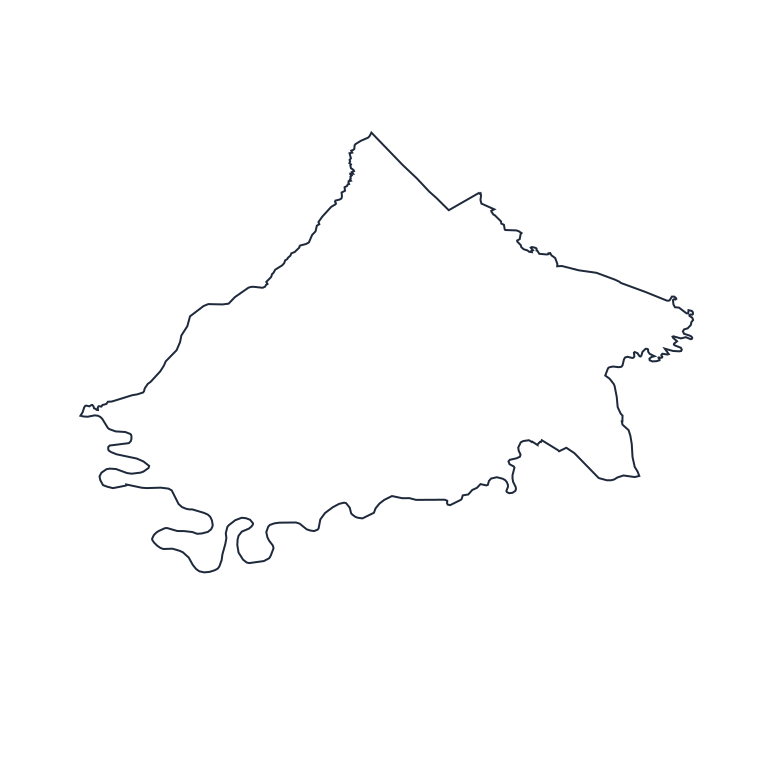 Puerto Tejada, Cauca, Colombia, rotated 288°
{"feature_id": "7082276B86469624898936", "entity_name": "Puerto Tejada", "entity_type": "district", "adm_level": 2, "iso_a3": "COL", "parent_name": "Colombia", "parent_adm1": "Cauca", "projection": "equal_earth", "projection_center": [-76.412, 3.266], "detail": "fine", "context": "isolated", "style": "outline", "palette": "slate", "viewbox_px": 768, "rotation_deg": 288, "n_neighbors": 0, "source": "geoboundaries", "source_scale": "gbopen_adm2", "svg_char_len": 6166}
<svg xmlns="http://www.w3.org/2000/svg" viewBox="0 0 768 768"><g transform="rotate(288 384 384)"><path d="M391.4,642.9L403.4,638.2L410.9,634.3L415.7,630.9L419.0,623.4L421.9,621.7L422.1,622.3L427.7,620.6L428.9,618.3L434.2,613.4L443.7,609.3L453.4,603.9L455.0,602.5L458.8,596.8L460.4,591.8L468.2,592.2L469.5,593.1L471.4,596.4L472.5,602.0L473.8,604.5L475.4,605.1L481.8,604.6L483.8,605.2L485.1,607.1L485.5,612.1L486.2,613.2L487.6,613.6L491.0,612.0L491.9,612.6L491.6,615.6L489.4,618.4L489.4,619.4L490.5,620.0L494.4,619.9L498.3,621.9L498.7,623.4L498.5,624.4L496.3,625.3L494.8,627.3L494.0,632.7L492.3,630.0L490.1,628.6L488.7,629.4L488.4,632.2L489.9,636.1L491.7,638.7L492.6,638.4L493.7,636.9L494.2,637.1L494.5,639.3L495.2,640.3L495.9,640.3L497.2,638.8L498.8,639.4L499.6,644.3L500.4,645.6L504.4,640.1L504.7,648.5L506.3,654.7L507.2,656.4L508.7,656.6L510.2,655.1L510.6,648.5L511.1,647.5L512.0,647.4L515.2,649.5L517.2,644.8L518.2,643.8L518.8,644.6L519.1,652.3L521.8,656.6L521.4,661.9L522.0,662.8L523.1,662.9L524.1,661.8L524.5,659.6L524.5,653.8L526.4,652.0L528.6,652.5L530.8,655.6L535.0,657.6L537.8,657.2L540.4,658.2L542.3,656.7L543.1,653.6L543.8,653.2L544.8,654.0L545.2,655.7L545.9,656.2L547.7,655.6L548.6,654.2L548.3,650.8L545.2,651.5L544.7,649.8L547.8,641.0L546.9,637.0L549.1,634.7L553.0,632.9L554.0,633.3L554.4,635.1L555.2,635.7L555.9,635.2L556.8,633.0L556.1,630.8L552.2,629.9L551.3,629.2L550.7,627.4L552.3,604.4L553.3,578.1L554.0,576.2L554.6,571.5L555.4,551.6L552.3,534.0L551.2,516.8L549.5,512.3L551.7,511.8L556.7,507.9L558.1,503.5L559.9,501.6L559.1,500.0L558.3,500.3L557.5,498.8L555.8,491.5L558.1,488.7L558.1,487.8L559.9,487.2L560.3,486.2L560.1,483.2L559.7,481.9L559.0,481.4L557.2,484.4L556.2,483.1L555.1,483.9L554.6,481.3L555.4,479.0L555.3,475.2L556.6,472.3L558.3,471.2L560.6,466.8L561.6,466.3L563.7,468.3L568.8,467.6L570.0,468.2L570.9,465.1L571.0,462.5L568.0,452.0L568.1,451.2L572.5,448.8L572.8,446.0L574.8,445.0L578.7,437.3L578.9,435.8L581.1,432.9L581.9,432.5L584.2,434.9L585.7,420.9L588.8,418.9L593.4,418.0L595.3,416.9L594.5,416.2L595.0,415.2L569.3,391.9L577.3,376.0L580.9,367.7L589.7,351.7L598.0,334.2L619.2,294.3L615.7,293.8L613.4,292.8L608.2,286.9L603.3,282.7L601.9,282.3L598.5,283.1L597.2,282.5L595.8,280.7L594.2,282.3L592.8,279.9L588.4,282.8L586.5,282.0L585.3,283.0L583.4,282.8L582.6,284.8L581.3,284.5L579.0,285.9L578.2,288.8L577.2,289.7L575.6,287.9L574.4,289.6L573.6,286.9L573.0,287.1L572.4,288.9L570.7,288.0L569.1,288.9L568.0,288.4L567.1,289.7L566.0,287.7L564.7,287.9L563.4,289.0L562.5,287.8L560.8,287.6L559.0,285.7L555.7,287.2L553.0,284.5L549.3,286.1L547.3,286.2L545.8,284.9L543.4,281.1L542.2,281.1L541.0,282.5L540.0,282.4L536.1,279.0L523.9,273.5L517.7,271.6L516.0,273.1L513.8,271.2L508.0,271.7L503.6,269.6L495.4,268.8L493.0,266.5L489.9,261.6L488.9,261.1L487.6,261.3L482.0,258.3L479.6,255.5L477.1,255.3L474.5,253.7L472.9,253.4L471.0,251.8L468.0,251.7L465.4,250.5L459.1,245.2L455.5,244.5L454.0,243.6L450.9,243.6L444.7,240.5L443.1,242.3L441.9,241.2L439.8,240.8L438.0,238.8L436.2,230.1L435.2,227.4L433.7,225.3L420.5,215.3L412.4,211.4L409.8,205.9L405.7,192.2L402.4,188.3L388.4,178.6L378.2,179.1L367.5,176.3L360.8,177.1L352.0,176.3L338.1,169.4L333.5,169.0L326.9,167.3L314.0,161.4L311.1,159.3L305.9,157.8L303.0,158.0L301.5,157.5L298.0,152.7L295.6,148.1L283.2,130.5L281.8,126.9L279.2,126.1L277.0,122.7L275.2,122.2L274.8,119.7L274.4,119.3L272.9,119.1L270.9,120.0L270.6,118.6L271.2,117.5L271.3,115.7L273.0,114.6L273.9,113.2L273.6,112.3L271.7,110.7L271.5,107.9L271.0,106.7L269.2,106.1L264.0,106.1L260.0,105.1L260.3,108.5L261.3,112.3L264.8,118.6L265.4,121.8L265.0,124.4L263.8,126.8L256.9,134.9L256.2,136.7L256.0,143.4L258.4,152.8L258.1,158.0L257.7,159.0L256.4,159.9L253.5,160.8L251.3,160.8L248.9,159.6L240.7,142.1L238.7,141.2L236.3,142.1L235.5,143.1L234.9,145.7L234.5,151.3L236.7,171.9L236.0,179.2L233.5,186.0L231.3,186.0L226.4,182.3L224.5,179.9L220.7,171.7L219.9,167.2L220.3,155.4L218.8,149.4L217.2,146.4L212.4,142.7L208.2,142.0L204.9,143.9L201.0,148.0L200.8,152.4L201.2,158.4L207.4,169.5L208.0,170.3L208.8,169.9L210.5,185.8L211.7,190.6L216.4,203.6L217.9,211.3L217.2,215.0L206.4,225.7L204.5,230.0L204.2,234.4L204.5,237.3L205.5,240.5L205.8,252.6L205.4,256.7L204.0,259.8L201.1,262.5L197.1,264.6L195.6,264.9L192.4,264.5L188.9,262.2L185.5,256.8L183.8,252.6L184.0,247.6L182.4,239.6L180.3,232.8L180.0,222.3L179.2,220.2L174.4,215.0L172.2,213.3L169.2,211.8L165.5,211.3L164.3,211.6L162.2,214.2L160.2,218.1L159.0,222.0L158.9,225.2L162.0,233.7L162.2,241.3L161.8,244.7L158.6,251.9L152.9,258.0L150.0,262.4L148.8,266.2L149.3,271.3L151.5,276.3L154.5,280.5L157.0,282.9L159.6,283.8L166.4,284.0L171.8,283.0L182.9,282.5L188.8,281.7L193.3,279.6L199.7,279.2L201.7,280.0L208.5,284.6L212.8,290.0L213.7,294.1L213.5,298.6L211.0,302.5L209.6,302.7L207.5,302.0L204.7,300.2L199.7,294.4L194.8,292.6L191.0,292.8L185.6,294.2L178.7,297.8L173.4,304.2L171.8,308.6L172.0,311.1L178.5,324.5L182.9,328.7L185.6,329.3L193.7,329.7L196.1,328.1L199.6,323.0L202.3,320.4L206.8,317.8L212.5,318.0L214.7,319.0L217.6,322.8L219.8,327.4L225.1,343.1L225.1,347.0L221.9,355.4L221.9,359.3L222.5,362.9L225.0,365.9L226.4,366.4L235.6,365.3L243.1,367.8L251.0,373.4L256.1,378.3L258.8,382.7L259.0,384.7L255.8,389.6L250.9,392.7L250.0,394.2L248.8,397.8L248.7,400.3L249.5,405.0L258.4,414.2L263.1,414.4L268.8,416.6L273.8,420.0L279.9,426.2L281.0,436.5L283.3,443.5L283.7,450.3L292.7,477.5L292.5,480.2L289.9,480.9L289.0,481.9L289.2,484.3L297.5,492.8L298.6,493.4L302.4,493.3L305.0,498.3L310.5,500.7L314.0,504.5L318.6,506.7L319.2,512.7L320.1,513.9L324.3,513.8L327.2,515.1L330.2,520.1L330.6,526.2L330.0,529.0L328.5,531.3L326.4,533.0L324.3,533.7L320.2,533.4L319.2,534.2L318.8,536.8L320.2,539.8L323.0,542.0L325.0,541.9L326.8,541.0L330.9,537.0L333.9,535.4L337.0,534.4L344.8,533.9L345.7,532.8L346.5,528.2L348.9,526.3L350.8,527.1L354.3,533.0L356.8,535.7L359.0,535.7L362.2,532.7L365.1,531.3L370.8,532.1L372.8,534.1L375.3,539.2L374.5,542.6L375.0,542.8L373.4,548.9L374.0,548.7L377.1,550.2L377.3,551.2L379.3,551.4L374.8,570.0L374.1,571.3L379.7,577.1L377.1,586.4L360.9,617.3L361.3,625.6L362.6,629.7L364.4,632.5L367.2,634.8L371.0,640.0L373.0,651.2L375.4,655.2L379.0,652.3L382.7,648.0L391.4,642.9Z" fill="none" stroke="#1e293b" stroke-width="2"/></g></svg>